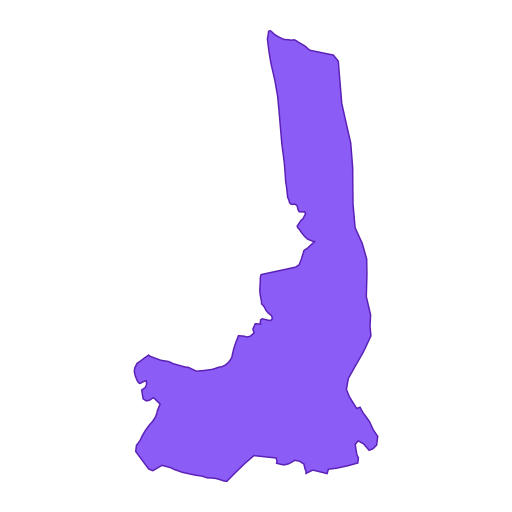 outline of Biyalu, Kafr ash Shaykh, Egypt
{"feature_id": "37247803B81724678096325", "entity_name": "Biyalu", "entity_type": "district", "adm_level": 2, "iso_a3": "EGY", "parent_name": "Egypt", "parent_adm1": "Kafr ash Shaykh", "projection": "albers", "projection_center": [31.181, 31.319], "detail": "fine", "context": "isolated", "style": "filled", "palette": "violet", "viewbox_px": 512, "rotation_deg": 0, "n_neighbors": 0, "source": "geoboundaries", "source_scale": "gbopen_adm2", "svg_char_len": 3666}
<svg xmlns="http://www.w3.org/2000/svg" viewBox="0 0 512 512"><path d="M148.6,355.1L144.3,358.1L140.8,360.8L137.0,363.4L135.9,365.7L134.7,368.0L134.3,371.8L135.7,377.2L136.5,378.8L137.2,380.7L138.0,381.9L139.5,383.4L140.2,383.4L142.9,381.9L144.4,381.2L146.3,380.8L146.6,384.3L145.5,387.3L141.7,390.0L143.1,398.8L146.1,400.8L149.1,400.4L150.3,399.7L151.8,398.6L153.7,397.8L160.1,404.1L157.4,410.6L157.0,412.8L155.4,417.0L152.7,421.2L150.0,424.3L148.5,426.2L146.3,429.2L145.0,431.1L142.3,435.7L140.4,439.9L138.4,442.9L136.5,445.2L135.7,451.3L136.3,452.3L137.0,453.2L139.7,456.9L148.7,469.0L149.0,469.1L150.3,469.7L152.8,470.7L154.0,470.0L161.3,465.7L162.0,465.4L163.6,465.8L170.0,467.5L170.4,467.6L174.3,469.5L182.6,472.4L183.6,472.6L194.6,475.0L196.3,475.3L201.4,476.0L202.6,476.3L203.4,476.6L207.6,477.9L208.2,477.9L210.1,477.9L215.4,478.4L216.2,478.6L218.2,479.1L219.5,479.5L222.3,480.4L224.0,481.0L226.9,481.3L228.0,480.1L235.1,472.9L242.5,465.7L245.5,462.8L250.8,458.3L253.9,455.6L276.2,458.0L277.0,461.4L276.7,462.9L276.6,463.3L277.3,463.4L281.4,464.5L282.7,464.7L283.1,464.7L284.2,464.9L287.9,464.0L288.8,463.7L290.5,462.8L291.1,462.5L294.3,460.6L294.7,460.3L299.3,461.1L299.7,461.3L302.9,463.4L303.9,464.0L304.9,468.5L306.1,471.6L306.0,473.4L312.7,470.1L316.2,470.9L327.1,473.6L328.4,469.2L336.0,468.3L337.0,468.1L344.9,466.4L347.3,465.9L357.8,463.0L358.4,457.8L357.0,455.0L356.8,454.4L356.1,450.2L355.2,444.3L356.8,442.6L358.1,440.8L358.5,441.0L363.6,443.9L368.8,449.9L369.1,450.3L372.8,448.8L373.2,448.6L376.2,445.5L376.6,445.2L377.0,442.1L377.7,436.4L376.1,434.0L373.9,430.8L373.0,429.3L369.6,421.8L365.9,416.5L363.1,412.9L360.0,407.2L356.7,408.5L349.7,397.3L349.4,396.8L346.4,389.4L348.4,378.3L352.8,370.5L355.2,366.2L359.8,358.2L362.4,353.7L365.0,348.6L370.9,335.9L370.2,328.0L370.0,326.5L370.3,320.7L370.6,315.0L369.2,308.9L366.3,296.7L366.9,275.5L366.9,272.8L366.7,260.6L366.7,259.1L362.2,243.3L355.1,227.8L353.3,207.5L353.0,204.2L352.8,185.6L352.7,169.3L352.7,168.0L350.7,142.9L347.2,127.7L342.0,104.6L341.8,104.0L339.6,77.3L338.9,68.8L338.3,61.2L333.4,55.1L312.5,50.8L310.4,50.4L309.0,49.6L307.9,48.7L306.0,46.9L305.6,46.5L299.3,42.7L298.7,42.4L295.8,40.5L294.3,39.8L292.4,40.1L290.5,40.1L288.2,39.7L285.2,39.6L283.3,39.2L278.4,36.8L274.6,34.5L271.6,31.7L270.1,30.7L268.6,31.3L268.2,34.8L267.4,39.0L269.1,52.4L270.9,63.2L274.9,80.5L277.7,96.7L278.6,106.6L278.8,108.2L281.8,143.6L284.3,162.8L285.3,175.5L285.6,180.9L286.6,187.5L287.7,197.5L288.8,199.8L289.5,202.5L290.6,204.0L292.9,204.4L294.8,204.1L297.1,205.7L298.1,209.9L299.3,211.8L301.5,211.9L304.2,211.9L305.3,212.3L305.3,214.2L304.1,216.5L303.0,218.8L301.1,220.3L298.8,223.7L297.2,226.0L297.6,227.5L299.1,229.1L302.1,233.4L305.1,236.9L307.7,239.2L312.6,241.2L314.5,241.6L307.2,248.4L305.3,249.5L303.8,250.7L303.4,252.6L301.0,260.2L299.3,264.3L299.1,264.8L295.7,267.1L278.1,270.9L261.1,274.6L260.8,275.6L260.3,278.1L260.3,279.2L260.3,281.5L259.8,290.0L260.1,294.2L261.6,302.3L261.5,303.8L263.4,305.7L264.9,308.1L266.0,310.4L267.9,312.7L271.6,315.8L272.1,317.5L272.4,318.5L270.8,320.4L270.5,320.4L268.9,320.4L267.4,320.0L262.1,318.8L260.6,319.9L260.6,321.1L260.2,322.2L260.6,324.1L255.3,323.7L252.9,329.0L254.0,332.9L250.2,336.3L246.8,337.0L244.2,336.2L238.5,335.7L236.5,340.7L235.0,344.9L233.8,348.7L232.6,353.7L232.3,354.9L231.8,357.5L230.3,359.9L229.9,360.5L228.0,362.8L225.3,365.1L222.2,366.6L218.4,367.3L214.3,368.8L211.6,369.5L204.0,370.5L196.8,371.2L194.5,370.3L193.8,370.0L188.9,367.6L187.4,367.2L185.9,367.2L182.8,366.4L177.2,364.8L175.7,364.4L173.0,363.6L168.9,361.6L166.6,361.2L160.9,360.3L151.1,356.7L148.8,355.5L148.6,355.1Z" fill="#8b5cf6" stroke="#5b21b6" stroke-width="1.5"/></svg>